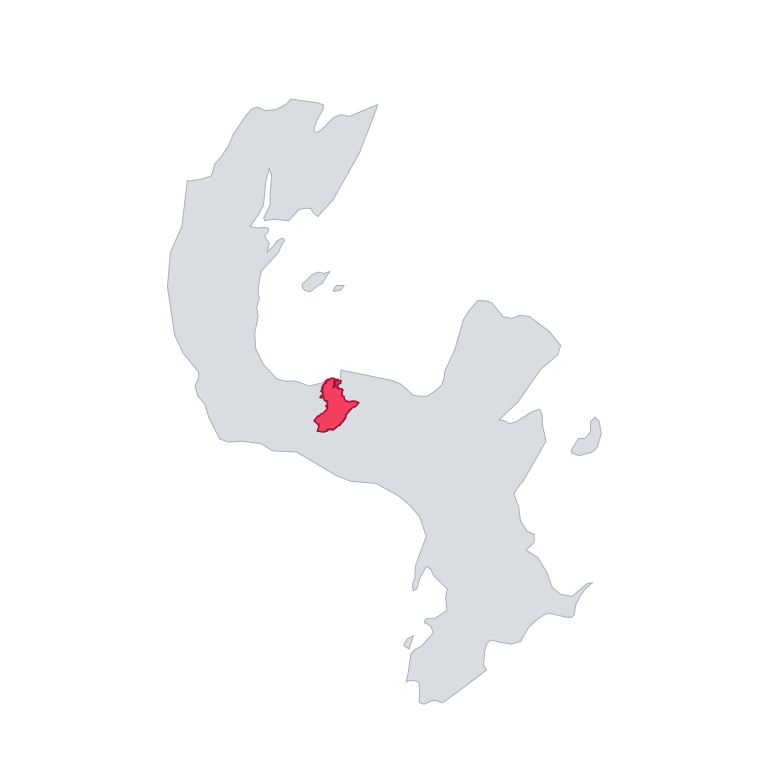 Capira, Panama shown in context, rotated 233°
{"feature_id": "35544464B53871457264549", "entity_name": "Capira", "entity_type": "district", "adm_level": 2, "iso_a3": "PAN", "parent_name": "Panama", "parent_adm1": "", "projection": "equal_earth", "projection_center": [-79.949, 8.817], "detail": "fine", "context": "in_parent", "style": "filled", "palette": "rose", "viewbox_px": 768, "rotation_deg": 233, "n_neighbors": 0, "source": "geoboundaries", "source_scale": "gbopen_adm2", "svg_char_len": 8706}
<svg xmlns="http://www.w3.org/2000/svg" viewBox="0 0 768 768"><g transform="rotate(233 384 384)"><path d="M664.8,349.4L662.9,351.3L657.2,362.2L654.1,371.5L661.5,381.3L663.7,391.8L667.9,403.1L674.4,414.5L681.6,435.7L683.3,444.2L681.3,449.7L674.4,453.1L668.0,463.0L666.3,475.1L667.5,481.1L648.3,500.4L643.3,503.6L640.0,500.6L635.9,490.9L631.0,483.1L628.3,480.4L626.8,480.2L625.3,482.1L624.6,486.3L627.2,504.4L625.0,511.8L618.5,517.5L611.1,547.0L608.1,543.3L583.4,503.5L561.9,454.2L557.5,432.0L563.0,430.6L568.4,431.1L571.2,427.7L574.6,421.2L571.8,406.2L582.2,394.7L586.1,387.0L589.0,387.9L595.8,401.0L605.7,408.6L617.8,419.5L625.3,422.0L615.8,410.5L599.4,395.4L594.8,385.5L590.4,371.7L584.0,377.7L581.1,382.7L577.8,385.6L574.9,382.1L574.4,377.7L564.7,376.8L562.2,372.8L559.7,370.5L560.8,379.1L562.7,384.4L561.7,390.8L558.6,391.3L555.9,384.6L552.5,378.7L547.9,353.6L536.9,341.8L531.9,337.8L527.7,336.3L521.6,328.3L513.5,324.0L502.6,311.5L489.1,302.6L472.7,299.5L452.7,301.4L446.0,306.4L441.4,312.7L439.3,315.6L427.5,322.8L423.0,333.2L420.2,342.1L414.3,352.1L421.0,358.1L382.5,392.1L374.9,397.0L357.6,400.5L353.6,404.1L348.3,410.8L347.6,421.1L348.4,429.7L353.4,436.4L357.9,440.7L368.6,460.9L387.7,486.4L391.3,495.7L394.2,509.5L388.5,516.0L384.0,518.8L365.9,519.8L359.6,525.4L357.1,533.8L350.3,540.7L326.9,547.5L308.5,548.3L302.8,540.4L301.4,518.2L289.1,480.3L286.1,454.3L283.1,457.5L276.5,460.5L274.3,467.0L272.6,486.3L270.2,492.8L265.1,492.2L254.7,485.3L240.9,479.0L223.3,438.2L221.4,430.5L218.0,421.4L204.4,417.5L192.8,410.7L180.2,409.6L173.7,413.5L167.1,408.6L166.0,397.4L152.7,402.4L135.6,400.7L120.4,395.9L109.9,398.4L101.2,406.3L102.4,426.6L99.8,430.6L99.4,422.3L96.4,412.8L92.8,404.9L85.1,396.7L84.7,393.7L87.7,389.6L101.7,377.7L103.5,372.8L103.7,362.4L102.4,352.6L96.2,338.1L99.8,329.1L107.0,321.9L114.4,316.2L115.6,313.8L114.3,308.9L110.0,303.6L99.9,294.5L93.9,293.9L93.7,267.9L94.1,240.2L95.6,237.5L99.3,235.8L102.3,231.6L104.0,223.4L108.4,220.5L116.3,226.8L124.4,232.4L127.8,230.6L130.4,227.9L132.1,225.2L132.7,222.6L139.2,230.0L152.4,243.1L153.2,249.5L151.9,255.7L155.5,273.3L162.4,275.9L169.4,272.5L171.1,275.7L169.8,279.0L166.2,282.7L165.3,297.9L176.6,305.0L182.3,311.2L201.1,308.3L208.1,309.9L212.8,308.1L207.6,295.9L200.6,286.9L201.2,282.8L206.5,285.8L210.6,292.0L219.8,299.6L236.9,326.1L256.4,332.5L271.9,331.7L286.4,328.1L309.4,317.8L326.0,299.2L339.3,290.9L382.4,273.2L397.7,254.8L404.1,252.3L410.3,250.0L423.8,236.1L431.0,225.2L438.7,219.7L461.5,223.7L476.2,228.8L486.4,228.1L496.2,231.8L500.5,239.7L504.9,243.1L529.0,242.2L548.7,246.1L592.0,269.6L617.8,292.8L631.6,317.5L664.8,349.4ZM230.6,532.7L225.0,533.4L213.5,527.5L205.1,516.0L204.4,512.3L204.6,508.5L209.2,496.8L215.4,492.7L217.8,492.8L223.7,506.3L219.7,511.6L221.3,519.9L229.6,526.1L230.6,532.7ZM508.5,402.5L506.5,408.3L501.6,395.3L502.4,391.9L502.1,380.2L506.6,377.1L510.0,376.8L512.8,378.4L514.5,392.3L513.1,398.6L508.5,402.5ZM166.5,249.7L165.3,256.1L157.4,244.5L162.2,242.6L163.8,242.8L166.5,249.7ZM491.3,405.3L486.7,411.4L485.0,405.6L488.2,399.6L489.3,399.5L491.3,405.3Z" fill="#d9dde1" stroke="#a8b0b8" stroke-width="1"/><path d="M384.8,352.5L387.6,350.7L387.6,350.0L388.1,349.7L388.3,349.7L388.6,349.2L388.9,349.2L389.5,348.5L389.7,347.5L390.0,347.2L390.6,346.0L391.2,344.9L392.4,344.4L392.9,343.5L393.2,343.6L395.0,343.3L395.9,343.4L396.6,343.7L397.5,344.4L398.2,344.6L398.3,344.5L399.0,344.1L399.6,343.3L399.8,343.2L400.5,343.6L401.2,344.6L401.8,344.6L402.1,345.3L403.2,346.4L403.6,347.0L403.7,347.5L403.9,347.6L404.2,347.5L404.5,347.6L404.8,347.4L405.2,347.5L405.4,347.5L405.7,347.0L406.1,346.8L406.4,346.2L406.8,346.0L406.9,345.8L407.2,345.9L407.2,345.7L407.4,345.3L407.4,345.1L407.6,344.9L408.5,344.7L408.6,344.8L408.5,345.0L409.0,345.5L409.4,344.5L409.5,344.5L409.4,344.7L409.6,344.8L410.1,344.5L410.3,344.5L410.2,344.8L410.4,344.8L410.8,345.1L410.7,345.3L410.8,345.6L411.0,345.6L411.4,346.0L411.5,346.4L411.2,347.0L411.2,347.3L410.8,347.4L411.1,347.8L411.3,347.8L411.0,348.0L411.0,348.4L411.1,348.8L411.1,349.2L411.3,349.2L410.7,349.5L410.6,349.9L411.5,350.5L412.4,351.6L413.1,350.9L413.8,349.7L414.2,349.6L415.3,350.1L415.8,349.2L415.6,348.8L415.4,348.6L415.6,348.6L415.5,348.0L415.6,347.5L416.0,346.7L416.4,346.4L416.4,346.0L416.3,345.7L416.0,345.7L415.0,346.6L414.6,346.6L414.4,346.2L414.2,345.8L413.6,345.6L414.3,345.6L414.5,344.8L414.2,344.2L413.7,344.0L413.1,344.0L412.8,344.6L412.9,345.0L412.7,345.3L412.8,344.9L412.8,344.4L412.7,344.3L412.9,344.3L413.0,344.0L412.3,343.8L412.0,343.8L412.3,343.6L411.9,342.7L411.7,342.7L411.5,342.2L411.7,341.8L411.8,342.2L411.6,342.5L411.9,342.5L412.3,343.3L412.8,343.0L412.6,341.9L412.7,342.0L412.8,343.0L412.5,343.3L412.5,343.6L414.1,343.9L414.5,344.2L414.7,344.7L414.5,345.6L414.7,346.3L414.9,346.3L415.5,345.6L415.9,345.3L416.1,345.2L416.5,345.6L416.7,346.2L416.5,348.0L416.5,348.3L418.4,347.5L419.4,346.8L420.5,344.8L420.7,344.6L420.5,344.4L420.2,344.4L420.0,344.1L420.1,343.8L420.0,343.4L420.2,343.0L420.2,342.7L420.5,342.5L421.0,342.6L421.0,342.0L421.1,341.9L421.4,342.0L421.5,342.0L421.5,341.8L421.3,341.7L421.2,341.3L420.9,341.3L420.8,341.2L421.4,340.7L421.5,340.5L421.8,340.3L421.8,340.0L421.7,339.9L421.4,339.7L420.9,340.1L420.7,339.4L421.2,339.2L421.4,338.9L420.9,338.8L420.7,338.6L420.7,338.4L420.4,338.6L420.5,338.3L420.3,338.2L420.0,337.6L419.9,337.6L420.2,337.2L420.3,336.9L420.2,336.2L419.5,335.6L419.6,335.4L419.8,335.1L419.8,334.7L419.7,334.1L419.2,333.8L418.9,332.9L418.7,332.5L418.4,332.3L418.2,332.5L418.3,332.7L418.5,332.7L418.5,332.8L418.2,333.1L418.0,332.7L417.9,333.4L417.8,332.9L417.6,333.2L417.7,332.9L417.4,333.0L417.3,332.9L417.1,332.6L417.2,332.3L417.0,331.9L416.8,331.9L416.8,331.5L416.6,331.3L416.5,330.7L416.6,330.8L416.7,330.6L416.5,330.4L416.4,330.5L416.2,330.2L416.5,329.9L416.1,329.5L416.0,329.2L415.6,329.3L415.4,329.9L415.1,329.8L414.8,330.3L414.7,330.2L414.5,330.5L414.3,330.5L413.8,330.4L413.8,329.8L413.4,329.6L413.1,329.1L412.5,329.0L412.5,328.7L412.3,328.6L412.4,328.2L412.1,328.4L412.1,328.0L411.9,327.7L411.8,327.4L411.6,327.1L411.6,326.9L411.9,326.9L411.8,326.4L411.9,326.1L411.9,325.8L411.9,325.6L412.0,325.6L411.7,325.3L411.8,324.9L411.3,325.0L411.2,325.5L410.9,325.7L410.6,325.7L410.5,326.5L410.2,326.5L409.8,326.8L409.8,327.4L409.6,327.5L409.4,327.8L409.5,328.0L407.3,326.6L405.8,327.0L405.5,326.9L405.1,327.4L405.1,328.1L404.8,328.4L404.6,328.3L404.4,328.5L404.0,328.2L403.6,327.5L403.0,326.8L401.4,326.7L401.3,326.4L401.5,326.2L401.4,325.9L401.5,325.7L401.5,325.4L401.6,325.1L401.4,325.0L401.5,324.8L401.4,324.7L401.5,324.5L401.3,324.2L400.9,324.7L400.6,324.8L400.5,325.2L400.3,325.3L400.1,325.1L399.6,325.0L399.4,324.0L399.2,324.1L398.9,324.0L398.5,324.3L398.1,322.8L398.0,321.5L397.8,321.4L397.5,320.9L397.6,320.4L397.8,320.1L397.3,317.2L397.9,315.8L398.0,315.0L397.8,314.4L397.0,312.8L397.9,312.6L398.1,312.3L398.1,311.5L398.2,311.2L396.7,306.0L391.4,306.9L391.0,307.0L391.0,307.4L390.7,307.2L390.8,307.0L389.8,307.2L389.6,307.0L389.6,306.8L386.5,302.4L381.9,306.9L381.1,309.3L380.9,309.6L381.1,309.8L380.7,310.1L380.6,310.4L380.7,310.7L381.1,310.6L381.0,311.3L381.7,311.1L381.7,311.8L381.4,311.8L381.2,312.1L381.4,312.3L381.5,312.6L381.0,312.8L381.0,312.7L381.0,312.3L380.6,313.4L380.4,313.0L380.4,312.7L380.1,313.2L380.2,314.2L380.1,314.3L379.8,314.0L379.6,314.2L379.2,314.4L379.1,314.5L379.3,314.9L379.3,315.1L378.9,315.2L378.8,315.6L378.4,316.4L378.1,316.0L378.1,316.4L377.8,316.5L377.7,316.9L377.9,317.0L378.0,317.4L378.0,318.5L378.3,318.8L378.3,319.2L378.3,319.3L377.9,319.2L378.2,320.2L378.0,320.9L378.2,321.4L378.1,321.6L378.1,321.9L378.3,322.1L378.1,323.0L377.4,323.9L377.7,324.7L378.2,324.9L378.1,325.3L378.3,325.5L378.5,325.9L378.5,326.2L378.6,326.4L378.6,326.8L378.4,326.9L378.3,327.1L378.5,327.8L379.2,328.7L379.0,328.9L379.0,329.1L378.8,329.1L378.9,329.4L379.1,329.6L379.1,330.0L379.3,330.1L379.2,330.4L379.3,330.6L379.2,330.9L379.7,331.0L379.9,331.2L379.8,331.4L380.0,331.4L380.1,331.7L379.7,331.6L379.7,331.8L379.9,332.0L379.9,332.4L380.1,332.4L380.1,332.7L380.4,333.0L380.3,333.3L381.0,334.2L381.4,334.5L381.5,334.3L382.1,334.8L382.1,335.1L382.5,335.1L382.4,335.4L382.6,335.8L382.4,336.0L382.5,336.1L382.5,336.3L382.6,336.6L382.5,336.8L382.6,337.7L382.8,338.0L383.0,338.5L382.9,339.2L383.5,339.4L383.6,340.0L383.6,340.5L383.4,340.4L383.3,340.9L383.4,341.1L383.6,341.2L383.9,341.7L383.9,342.0L383.6,342.5L383.8,343.4L383.9,343.8L384.0,344.1L384.1,344.7L384.1,344.8L383.9,345.0L383.9,345.4L384.0,345.6L383.9,346.2L383.5,346.5L383.3,347.0L383.2,347.4L383.3,347.6L383.2,348.0L383.2,349.0L383.4,349.3L383.4,349.5L383.6,349.7L383.7,350.0L383.8,350.0L384.1,350.6L384.1,350.9L384.0,351.0L384.1,351.5L383.9,351.9L383.9,352.3L384.1,352.5L384.8,352.5Z" fill="#f43f5e" stroke="#9f1239" stroke-width="1.5"/></g></svg>